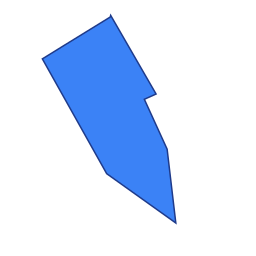 outline of 52, Ar Rayyān, Qatar, rotated 240°
{"feature_id": "91078587B99921066988790", "entity_name": "52", "entity_type": "district", "adm_level": 2, "iso_a3": "QAT", "parent_name": "Qatar", "parent_adm1": "Ar Rayyān", "projection": "mercator", "projection_center": [51.454, 25.306], "detail": "fine", "context": "isolated", "style": "filled", "palette": "blue", "viewbox_px": 256, "rotation_deg": 240, "n_neighbors": 0, "source": "geoboundaries", "source_scale": "gbopen_adm2", "svg_char_len": 309}
<svg xmlns="http://www.w3.org/2000/svg" viewBox="0 0 256 256"><g transform="rotate(240 128 128)"><path d="M143.4,169.3L234.2,169.3L233.0,168.1L233.0,167.8L231.5,115.1L230.7,88.5L230.7,88.4L99.1,86.7L21.8,121.9L90.1,151.3L144.7,156.5L143.4,169.3Z" fill="#3b82f6" stroke="#1e3a8a" stroke-width="1.5"/></g></svg>